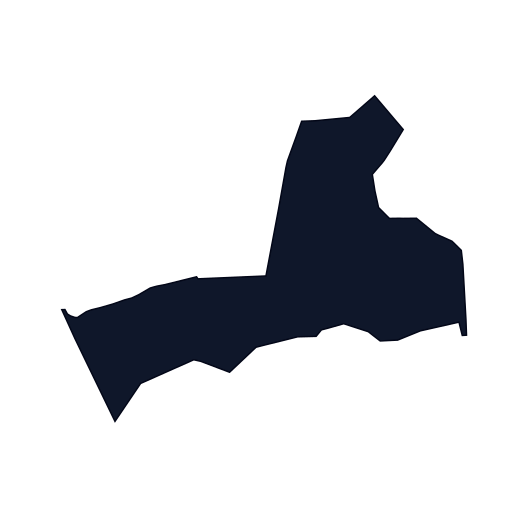 Isaías Coelho, Piauí, Brazil, rotated 257°
{"feature_id": "56859067B49584523794073", "entity_name": "Isaías Coelho", "entity_type": "district", "adm_level": 2, "iso_a3": "BRA", "parent_name": "Brazil", "parent_adm1": "Piauí", "projection": "robinson", "projection_center": [-41.638, -7.616], "detail": "fine", "context": "isolated", "style": "filled", "palette": "ink", "viewbox_px": 512, "rotation_deg": 257, "n_neighbors": 0, "source": "geoboundaries", "source_scale": "gbopen_adm2", "svg_char_len": 1144}
<svg xmlns="http://www.w3.org/2000/svg" viewBox="0 0 512 512"><g transform="rotate(257 256 256)"><path d="M132.2,439.1L131.5,443.3L146.5,446.2L201.4,455.7L215.3,457.3L219.6,454.6L226.3,450.3L235.3,438.4L237.7,435.5L256.7,420.8L259.6,407.6L260.5,404.2L262.6,394.5L265.4,392.7L275.7,386.3L281.9,386.4L292.3,386.5L295.4,386.7L309.4,387.7L315.6,396.1L318.2,399.7L320.5,402.5L328.2,410.4L346.1,427.9L357.1,422.2L359.8,420.8L363.7,418.8L385.4,407.6L375.8,389.6L369.9,378.5L374.5,343.9L377.0,330.8L363.6,322.3L343.7,309.4L341.7,308.1L335.7,305.2L320.0,298.5L296.8,288.6L234.3,261.2L246.8,194.3L249.1,193.4L248.6,160.4L248.9,152.8L248.8,149.3L248.6,145.7L244.6,132.8L243.0,125.4L242.8,118.2L241.4,105.5L240.7,92.6L240.6,83.4L239.9,78.1L236.2,68.1L236.9,65.7L239.4,61.7L241.9,59.2L246.8,57.8L247.4,54.7L216.3,61.0L126.6,81.4L157.8,114.9L161.0,131.4L164.6,149.8L168.9,172.0L165.9,178.3L148.7,204.1L167.1,235.5L167.3,243.2L167.6,262.4L167.9,278.4L164.2,296.5L169.3,303.1L169.5,310.1L170.3,326.2L157.0,348.4L152.4,352.1L145.3,357.9L142.2,375.1L145.2,393.7L146.1,399.3L145.9,438.9L132.2,439.1Z" fill="#0f172a" stroke="#020617" stroke-width="1.5"/></g></svg>